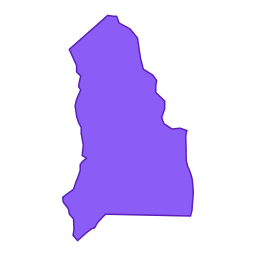 Lamaze, Choiseul, Saint Lucia (orthographic projection)
{"feature_id": "8701671B134536261517", "entity_name": "Lamaze", "entity_type": "district", "adm_level": 2, "iso_a3": "LCA", "parent_name": "Saint Lucia", "parent_adm1": "Choiseul", "projection": "orthographic", "projection_center": [-61.019, 13.807], "detail": "fine", "context": "isolated", "style": "filled", "palette": "violet", "viewbox_px": 256, "rotation_deg": 0, "n_neighbors": 0, "source": "geoboundaries", "source_scale": "gbopen_adm2", "svg_char_len": 1450}
<svg xmlns="http://www.w3.org/2000/svg" viewBox="0 0 256 256"><path d="M116.5,16.3L113.7,16.3L107.7,15.4L69.3,49.3L69.4,49.7L76.6,65.5L76.6,71.9L80.7,76.1L80.3,77.8L79.2,82.5L78.6,86.7L80.2,89.1L80.7,89.9L78.6,94.7L76.6,99.4L75.1,105.7L76.6,116.3L78.6,122.7L81.2,127.4L81.2,133.8L81.5,135.2L83.3,144.9L82.8,149.6L82.2,155.5L84.9,157.2L86.4,158.1L84.6,159.7L82.2,161.8L81.1,163.3L80.2,164.5L80.2,170.3L79.2,173.5L78.1,176.6L77.6,178.0L76.4,180.8L75.6,183.0L73.5,189.3L68.4,193.0L62.7,197.3L63.2,202.0L68.4,208.9L69.4,214.2L73.5,218.9L74.0,229.5L73.1,234.9L73.0,235.3L77.6,240.6L86.4,232.7L92.0,228.5L94.6,227.9L97.1,223.2L103.3,216.3L105.9,214.2L190.5,216.0L190.7,215.4L191.3,212.7L191.6,211.7L191.9,210.6L192.1,209.8L192.1,207.9L192.2,207.6L192.3,205.8L192.4,204.3L192.4,203.3L192.6,201.8L192.7,200.9L192.8,199.7L192.9,198.5L193.3,192.8L193.0,188.0L192.3,180.0L191.3,175.6L190.8,174.2L190.3,172.7L189.7,171.1L189.2,169.7L188.8,168.7L187.6,166.3L187.5,166.0L187.2,164.3L186.6,162.0L186.3,160.6L186.3,160.4L186.2,158.7L186.2,157.4L186.1,156.4L186.1,153.9L186.1,152.7L186.1,147.7L186.0,145.9L186.0,145.0L185.8,140.0L185.8,138.9L185.8,136.3L185.9,134.7L186.2,133.2L186.4,132.2L186.7,131.2L186.9,130.5L180.1,128.2L172.0,129.0L163.9,123.7L161.7,117.6L164.7,108.5L164.7,101.0L155.8,92.6L155.8,85.8L156.6,80.5L152.9,75.2L143.3,69.2L140.4,57.8L137.5,38.1L130.1,29.0L119.1,23.0L116.9,16.9L116.5,16.3Z" fill="#8b5cf6" stroke="#5b21b6" stroke-width="1.5"/></svg>